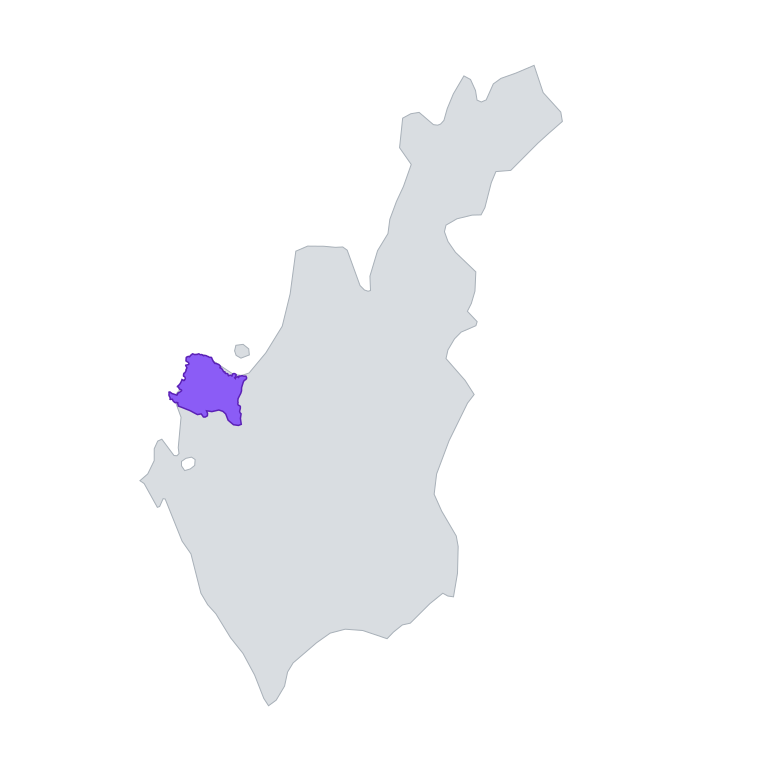 location of Tavush, Tavush, Armenia, rotated 249°
{"feature_id": "60910142B30577123692851", "entity_name": "Tavush", "entity_type": "district", "adm_level": 2, "iso_a3": "ARM", "parent_name": "Armenia", "parent_adm1": "Tavush", "projection": "equal_earth", "projection_center": [45.447, 40.841], "detail": "fine", "context": "in_parent", "style": "filled", "palette": "violet", "viewbox_px": 768, "rotation_deg": 249, "n_neighbors": 0, "source": "geoboundaries", "source_scale": "gbopen_adm2", "svg_char_len": 7171}
<svg xmlns="http://www.w3.org/2000/svg" viewBox="0 0 768 768"><g transform="rotate(249 384 384)"><path d="M341.9,464.4L336.2,455.1L307.7,424.4L281.2,400.9L263.1,391.3L244.7,392.3L216.2,397.0L205.7,395.0L181.0,384.8L160.4,372.6L163.2,367.6L167.6,363.9L162.5,348.1L151.3,322.8L152.5,314.8L149.0,303.9L145.1,295.6L161.5,275.8L169.0,259.9L170.7,244.4L166.6,228.3L156.2,199.2L149.7,190.8L137.6,182.9L127.5,170.1L125.0,160.9L133.6,159.1L158.7,158.9L183.0,155.8L202.1,149.8L229.7,144.7L241.1,140.3L254.3,138.1L294.6,142.9L309.6,139.2L355.0,138.5L356.1,136.7L350.0,130.6L350.1,128.2L377.0,124.4L381.2,121.5L384.7,131.2L394.8,142.0L405.9,146.3L411.8,152.3L412.1,156.8L392.5,162.3L391.2,165.0L392.5,167.7L398.3,169.1L425.7,182.6L441.4,182.9L449.6,187.0L453.7,195.2L466.9,206.2L477.3,216.9L477.9,220.6L476.0,226.1L446.7,247.1L443.0,254.3L442.6,261.9L455.4,284.8L474.4,309.7L501.8,328.7L539.6,349.3L540.1,362.1L534.1,377.3L529.0,387.6L526.7,394.6L522.1,397.6L484.5,396.9L478.8,399.4L476.3,402.4L476.1,404.9L489.7,409.5L510.8,425.8L523.0,441.6L535.7,448.5L550.0,461.1L561.4,472.9L579.2,488.1L599.0,483.2L625.5,496.7L626.7,505.9L625.0,514.1L608.4,523.1L606.4,526.9L606.4,530.0L608.6,534.4L618.4,541.7L630.0,552.7L643.0,569.0L637.3,573.9L625.2,574.6L615.7,572.6L612.4,575.9L612.6,581.2L625.0,593.6L627.4,602.7L627.0,618.4L627.7,638.3L599.0,637.0L574.5,646.5L565.2,644.6L559.0,627.7L553.7,614.0L538.0,578.9L542.2,564.6L533.5,556.3L512.5,541.4L507.1,535.2L510.1,526.8L512.1,511.3L510.1,498.8L504.5,495.0L494.0,494.8L481.3,497.9L455.8,509.9L438.1,502.2L427.9,494.4L422.0,487.9L408.8,493.3L405.5,490.7L404.8,474.6L400.9,466.0L392.9,455.9L385.5,451.0L358.3,461.0L341.9,464.4ZM384.7,178.1L385.6,172.4L384.3,167.2L380.0,165.6L374.6,166.9L374.1,172.7L375.8,178.1L381.2,180.6L384.7,178.1ZM471.5,266.7L465.3,270.3L459.4,268.7L459.4,259.7L463.7,256.2L468.5,256.4L473.2,259.6L471.5,266.7Z" fill="#d9dde1" stroke="#a8b0b8" stroke-width="1"/><path d="M407.4,239.9L408.7,239.3L410.3,239.4L412.8,241.2L414.4,241.8L415.5,241.5L416.3,240.5L417.3,240.3L418.1,240.5L418.9,241.1L420.5,241.4L422.6,242.5L425.1,245.2L426.6,246.9L428.6,248.5L431.6,249.7L436.3,253.4L437.5,254.9L437.6,256.2L438.2,257.5L439.1,258.0L440.8,257.9L441.0,257.5L441.1,257.1L441.3,256.6L441.4,256.2L441.6,255.9L441.7,255.7L441.9,255.3L442.4,254.9L442.7,254.5L442.8,254.1L442.7,253.7L442.7,253.4L442.7,253.1L443.0,252.6L443.2,252.2L443.1,251.7L442.9,251.4L442.6,251.0L442.2,250.7L442.2,250.4L442.4,250.3L442.7,250.4L443.3,250.5L443.3,250.2L443.3,249.5L443.3,248.4L443.2,247.7L442.9,247.5L442.6,247.3L443.0,247.2L443.1,246.6L443.0,246.2L443.5,247.0L443.7,247.6L444.0,248.1L444.6,248.4L444.9,248.7L445.2,249.2L445.5,249.3L446.1,249.2L446.5,248.9L446.9,248.6L447.1,248.3L447.4,248.0L447.6,247.5L447.6,247.2L447.7,246.8L447.7,246.6L447.5,246.4L447.2,245.9L447.0,245.6L446.4,245.3L446.0,245.0L446.2,244.7L446.5,244.5L446.9,244.2L447.1,244.1L447.2,243.8L447.3,243.3L447.5,242.8L447.5,242.4L447.3,242.0L447.5,241.7L448.1,241.7L448.4,241.8L448.6,241.7L449.2,241.8L449.7,241.7L449.9,241.4L450.1,241.1L450.3,240.6L450.5,240.0L450.6,239.8L450.9,239.6L451.1,239.6L451.4,239.7L451.7,239.8L451.9,239.8L452.3,239.8L452.4,239.7L452.6,239.4L452.7,238.9L452.9,238.6L453.1,238.6L453.5,238.7L453.8,238.5L454.0,238.4L454.3,238.5L454.5,238.5L455.0,238.4L455.3,238.4L456.0,238.1L456.8,237.9L457.1,237.7L457.2,237.4L457.6,236.8L457.8,236.7L458.1,236.7L458.3,236.9L458.3,237.3L458.5,237.5L458.9,237.5L459.6,237.5L460.2,237.3L460.8,237.0L461.5,236.7L461.7,236.4L462.1,236.0L462.5,235.4L463.0,235.1L463.3,234.7L463.5,234.4L463.6,233.9L463.8,233.5L464.2,233.3L464.9,233.2L465.3,233.0L465.8,232.9L466.3,232.7L466.8,232.7L467.0,232.7L467.7,232.6L468.4,232.6L469.2,232.5L470.3,232.5L470.6,232.4L470.8,232.2L471.1,231.6L471.2,231.0L471.5,230.6L471.9,230.2L472.4,230.0L472.6,229.8L472.7,229.4L473.0,229.2L473.3,228.9L473.7,228.6L473.9,228.4L474.3,228.0L474.6,227.5L474.9,227.0L475.0,226.6L475.0,226.1L475.1,225.8L475.1,225.6L475.6,225.2L476.0,224.9L476.5,224.7L476.9,224.2L477.0,223.6L477.1,223.2L477.3,222.9L477.7,222.6L478.2,222.3L478.4,222.0L478.6,221.7L478.7,221.2L478.6,220.7L478.5,220.1L478.7,219.6L479.0,219.4L479.1,219.0L479.1,218.6L479.1,218.1L479.4,217.8L479.7,217.4L480.1,216.9L480.5,216.5L480.8,216.0L480.7,215.6L480.6,215.4L480.3,215.0L480.2,214.7L480.2,214.1L480.1,213.7L479.9,213.5L479.6,213.1L479.5,212.8L479.2,212.5L479.1,212.3L479.2,212.1L479.4,212.1L479.6,211.8L479.7,211.6L479.8,211.3L479.9,210.9L479.9,210.5L479.8,210.1L479.9,209.6L479.7,209.0L479.3,208.7L478.9,208.5L478.4,208.3L477.9,208.0L477.5,207.9L477.3,207.8L477.1,207.7L476.9,207.7L476.6,207.4L476.3,207.5L475.8,207.8L475.4,208.2L474.9,208.6L474.2,209.0L473.6,209.2L473.3,209.2L473.0,209.2L472.6,209.0L472.3,208.6L472.3,208.2L472.3,207.8L472.4,207.3L472.5,206.5L472.5,206.2L472.6,205.6L472.4,205.5L472.1,205.5L471.7,205.6L471.2,205.6L470.7,205.7L470.1,205.8L469.7,205.8L469.4,205.5L469.1,205.2L468.9,205.0L468.7,204.8L468.7,204.7L468.4,204.4L468.2,204.2L467.8,204.3L467.6,204.2L467.3,203.8L467.1,203.5L466.7,203.3L466.4,202.9L466.1,202.3L465.9,202.1L465.7,201.8L465.8,201.4L465.7,201.1L465.4,200.8L465.1,200.5L464.8,200.3L464.2,200.3L463.9,200.0L463.5,199.7L463.1,199.7L462.9,199.8L462.4,200.3L462.1,200.5L461.5,200.6L461.0,200.6L460.7,200.6L460.3,200.5L460.0,200.3L459.7,199.8L459.5,199.5L459.4,199.2L458.9,199.0L458.9,198.8L459.1,198.7L459.3,198.6L459.2,198.4L459.1,198.0L459.4,197.7L459.8,197.6L460.1,197.5L460.4,197.3L460.6,197.0L460.4,196.9L460.1,196.6L459.4,196.0L458.7,195.3L457.9,194.4L457.4,193.9L457.1,193.2L456.5,192.2L456.3,191.6L456.2,191.4L455.8,190.3L455.5,190.2L455.3,190.5L454.8,190.8L454.4,191.1L453.9,191.2L453.2,191.0L452.8,191.1L452.2,191.5L451.9,192.0L451.5,192.3L451.0,192.8L450.6,192.8L450.4,192.7L450.2,192.5L450.0,191.9L449.8,191.2L449.6,190.4L449.5,189.4L449.4,188.9L449.4,188.4L449.2,188.0L448.8,187.8L448.2,187.3L447.9,187.0L447.9,186.5L448.1,186.2L448.4,185.9L448.8,185.6L449.1,185.2L449.2,184.9L449.4,184.7L449.7,184.3L450.0,184.2L450.2,183.8L450.5,183.3L450.7,183.1L450.9,182.9L451.2,182.6L451.4,182.4L451.6,182.3L451.8,182.3L451.9,182.1L452.1,181.9L452.4,181.7L452.6,181.6L452.8,181.5L453.1,181.4L453.3,181.3L453.3,181.2L453.4,180.9L453.4,180.3L453.2,180.3L452.9,180.2L452.6,180.1L452.4,180.0L452.0,179.9L451.8,179.8L451.3,179.5L450.8,179.3L450.4,179.2L450.0,179.2L449.6,179.2L449.2,179.3L448.7,179.3L448.3,179.4L448.2,179.4L447.8,179.4L447.4,179.4L447.0,179.3L446.7,178.8L446.5,178.7L446.3,178.8L446.1,179.1L446.0,179.4L445.9,179.8L445.8,180.5L445.7,180.8L445.5,181.0L445.1,181.0L444.7,181.0L444.1,181.0L443.7,181.1L443.2,181.3L442.8,181.5L442.4,181.7L441.9,181.9L441.5,182.3L441.3,182.6L441.3,183.0L441.3,183.4L440.9,183.6L440.7,183.8L440.7,184.0L440.7,184.4L440.5,184.8L440.3,184.8L440.0,184.6L439.7,184.4L439.1,184.3L438.5,184.3L437.9,184.2L437.6,184.2L437.4,184.1L437.2,184.0L433.8,187.8L431.1,190.7L429.3,192.7L428.8,193.2L427.5,194.4L425.7,195.9L422.3,198.9L421.6,202.6L420.3,203.0L417.9,203.6L417.2,205.3L417.6,207.7L419.6,208.7L422.6,208.7L419.9,213.4L418.9,220.5L416.2,223.8L412.8,225.5L406.0,225.5L399.9,228.9L398.3,231.8L397.5,233.2L397.5,236.3L398.9,236.6L403.3,237.6L407.4,239.9Z" fill="#8b5cf6" stroke="#5b21b6" stroke-width="1.5"/></g></svg>